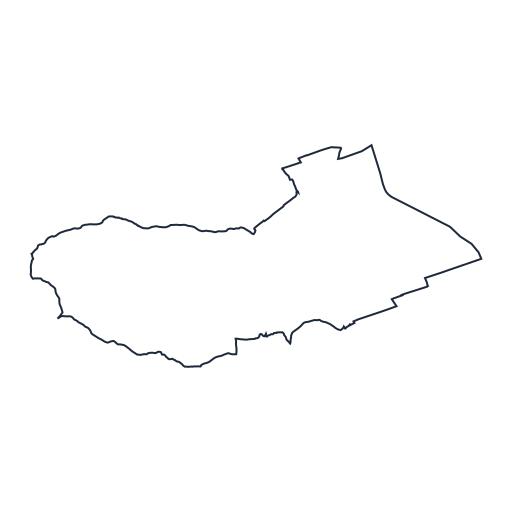 the district of Orbeni, Bacau, Romania
{"feature_id": "2599482B35012513520864", "entity_name": "Orbeni", "entity_type": "district", "adm_level": 2, "iso_a3": "ROU", "parent_name": "Romania", "parent_adm1": "Bacau", "projection": "albers", "projection_center": [26.985, 46.28], "detail": "fine", "context": "isolated", "style": "outline", "palette": "slate", "viewbox_px": 512, "rotation_deg": 0, "n_neighbors": 0, "source": "geoboundaries", "source_scale": "gbopen_adm2", "svg_char_len": 5989}
<svg xmlns="http://www.w3.org/2000/svg" viewBox="0 0 512 512"><path d="M449.1,226.3L391.5,196.9L389.1,195.1L387.7,193.7L386.3,192.1L384.9,189.5L382.9,184.0L380.2,173.2L371.5,145.2L361.8,151.2L341.8,158.3L339.5,158.6L338.1,158.9L338.7,156.6L339.3,153.4L339.6,152.1L341.1,148.6L340.7,147.7L331.2,147.2L326.8,148.5L320.8,150.4L306.9,155.4L306.7,155.2L298.5,158.4L300.8,162.4L285.6,167.4L282.2,168.4L282.2,168.8L282.4,169.2L282.6,169.1L283.5,170.1L283.7,170.6L284.6,172.0L286.4,174.2L287.2,174.7L288.5,175.9L289.0,177.0L290.0,179.8L292.1,179.5L292.7,180.3L293.5,182.0L293.8,183.6L295.3,187.0L296.1,189.3L296.7,190.4L297.0,190.7L297.3,191.1L298.1,191.9L298.2,192.3L297.8,191.9L297.1,191.7L296.4,192.1L296.6,193.1L296.6,194.4L296.1,195.5L295.2,196.7L293.3,197.9L289.8,200.7L287.0,202.7L283.7,205.2L283.5,206.3L273.4,213.9L270.6,216.6L268.2,218.5L264.5,221.1L263.7,220.6L262.1,222.1L260.9,222.8L256.9,226.0L254.6,228.0L254.3,228.3L254.2,228.9L255.3,230.1L255.4,230.4L255.4,230.7L255.0,231.8L254.7,232.6L253.6,234.1L253.1,234.0L251.7,233.4L250.1,231.9L243.6,228.0L241.9,227.6L240.8,227.4L240.2,227.6L239.0,228.4L238.6,228.5L236.6,228.3L234.0,229.0L230.6,228.6L229.4,228.7L228.0,229.2L227.5,229.6L226.9,230.4L226.4,230.9L225.5,231.2L222.3,231.4L217.9,231.3L216.5,231.9L215.0,232.2L210.6,231.2L208.2,231.1L206.3,230.7L203.8,231.1L202.1,231.2L199.6,230.5L198.5,230.0L194.4,227.2L192.1,226.4L188.6,225.9L185.0,224.9L184.3,224.8L183.2,224.8L180.6,225.1L178.1,224.9L177.8,224.8L176.5,224.8L173.2,224.9L172.8,225.0L170.6,225.0L169.0,226.1L166.4,227.1L165.5,227.2L162.5,227.3L162.1,227.1L159.1,226.9L157.8,226.5L156.0,226.2L154.2,226.6L152.0,226.9L149.0,228.2L148.4,228.3L147.0,228.4L143.0,228.1L141.7,227.4L141.0,227.3L138.6,225.8L138.2,226.0L138.0,225.8L138.1,225.6L136.7,224.9L136.4,224.4L136.2,224.3L135.0,223.7L134.6,223.7L132.5,222.1L131.4,221.6L128.1,220.6L126.4,219.7L125.2,219.3L122.3,219.1L122.1,218.6L120.5,218.3L120.0,218.2L119.4,217.8L118.8,217.6L117.9,217.7L117.6,217.8L117.4,217.6L115.2,217.4L114.8,217.1L114.4,217.0L114.1,217.1L113.8,216.9L113.6,216.6L112.3,216.4L109.4,216.4L108.3,216.7L107.3,217.5L104.2,219.5L103.0,220.7L102.3,222.3L101.7,222.8L100.2,223.6L99.1,223.9L97.2,224.3L94.1,224.4L90.1,224.2L87.4,224.6L85.0,224.8L84.0,225.2L83.3,225.3L82.3,225.7L81.5,226.5L81.0,227.4L80.8,227.6L80.3,227.9L78.6,228.5L77.3,228.6L74.9,228.3L73.5,228.5L70.5,229.7L65.7,230.8L60.5,232.6L58.6,233.7L56.4,235.4L55.6,235.9L53.7,236.6L53.3,236.6L52.5,236.2L52.2,236.2L49.6,237.2L47.9,238.3L46.8,239.6L46.1,240.5L45.6,241.4L45.2,242.5L44.1,243.5L43.6,243.8L42.0,244.1L41.4,244.4L39.8,244.5L39.0,244.9L38.1,245.5L37.2,248.3L36.7,248.9L35.4,249.8L34.8,250.4L33.1,252.3L32.5,253.2L31.5,253.9L31.9,254.4L32.2,255.8L32.5,257.4L33.1,258.5L33.1,259.1L32.0,260.3L31.0,265.0L30.8,266.6L31.0,271.0L30.9,272.8L30.7,274.4L30.8,274.9L31.1,276.0L31.7,277.2L32.8,278.7L34.6,278.4L37.1,278.4L40.8,278.5L41.0,278.6L42.3,280.2L42.6,280.4L45.1,281.4L46.1,281.9L47.9,282.3L48.7,282.7L50.7,285.0L53.3,286.8L54.3,287.7L55.1,288.6L55.3,289.2L55.5,291.0L55.7,292.2L56.3,293.8L57.2,295.4L58.9,297.9L59.3,298.6L59.3,300.9L59.4,302.7L59.7,304.3L60.9,307.1L61.6,309.2L62.5,312.3L62.4,312.8L61.4,313.9L60.5,315.4L57.5,318.6L61.6,316.0L65.6,316.3L70.1,316.3L70.8,316.5L71.7,316.9L72.8,317.8L74.1,319.4L77.1,320.9L78.4,322.2L82.7,324.4L84.1,325.5L84.6,326.1L85.6,326.9L87.1,327.4L88.1,328.0L89.7,329.7L90.3,330.6L90.7,331.5L91.4,333.3L92.2,334.1L98.3,338.0L101.0,339.3L104.8,341.7L106.7,342.4L107.6,342.6L108.5,342.4L110.9,341.4L112.9,341.0L113.7,341.1L114.3,341.3L117.5,344.1L118.3,344.4L120.7,344.4L122.1,344.8L123.6,344.9L126.0,346.3L129.0,348.6L132.0,351.2L137.1,354.5L140.5,354.9L144.2,354.1L145.6,354.3L146.8,354.2L147.7,353.5L148.2,353.2L149.6,352.9L151.9,352.7L155.7,353.1L156.2,352.9L157.5,352.0L158.3,351.8L159.8,351.8L161.1,352.3L161.6,353.8L162.0,354.5L162.4,354.7L163.9,354.5L164.9,355.2L165.4,355.9L165.7,356.1L166.2,357.0L166.8,357.3L167.6,357.9L167.8,358.4L168.8,359.1L169.4,359.2L170.8,359.1L172.6,358.8L173.8,359.7L174.8,360.0L176.5,361.3L177.1,361.5L178.0,361.6L179.0,361.9L179.9,362.5L182.1,364.2L182.4,364.5L183.0,365.5L184.9,366.7L186.5,366.6L187.9,366.8L189.2,366.8L190.4,366.6L193.5,366.6L194.6,366.3L196.3,366.5L198.3,366.3L200.4,366.5L200.8,366.2L201.2,365.2L201.4,364.9L203.5,363.8L207.0,362.8L209.0,362.0L211.2,360.4L213.5,358.6L215.2,357.5L218.0,356.5L219.7,356.2L221.5,355.7L223.0,355.2L223.3,354.9L226.2,353.8L228.2,353.2L228.9,353.3L231.2,354.1L232.7,354.3L236.2,354.2L236.2,353.4L236.5,352.1L236.5,348.9L236.0,344.2L236.1,340.6L235.6,338.7L236.6,338.6L240.1,339.2L246.6,339.7L248.8,339.3L254.8,338.9L255.5,338.3L257.0,338.2L258.1,337.8L258.6,337.4L259.2,336.5L259.7,334.5L260.7,334.2L261.0,334.0L261.5,334.1L263.2,335.9L263.8,336.2L264.6,336.2L265.1,335.4L265.9,333.8L266.0,334.2L265.7,334.6L265.8,335.2L266.1,335.6L265.8,336.2L266.9,336.6L267.8,335.6L269.2,335.2L270.5,334.6L271.3,334.1L272.1,334.3L273.1,334.1L274.0,333.0L276.7,332.9L277.0,332.4L282.5,332.3L283.3,333.1L283.9,333.9L284.1,334.9L284.5,335.6L285.1,336.2L285.7,336.9L286.4,339.3L286.9,340.0L288.0,341.2L289.0,341.9L289.8,343.3L290.1,343.6L290.3,343.2L290.5,342.3L290.6,339.7L291.0,338.0L291.2,335.2L291.6,334.6L291.9,333.5L292.4,332.6L293.1,331.9L297.6,328.7L300.2,326.6L303.5,323.1L304.3,322.6L305.8,322.1L307.2,322.0L309.8,321.4L311.6,320.8L314.7,320.0L316.6,320.2L317.9,320.1L318.6,319.8L319.4,319.9L320.1,320.2L321.1,320.9L323.0,321.7L325.0,322.0L327.3,322.8L330.0,324.1L333.2,326.2L335.5,328.0L337.9,329.4L340.6,330.1L342.5,328.7L343.4,327.5L343.8,326.6L344.6,328.1L344.9,328.5L345.2,328.5L345.6,328.3L345.4,327.8L348.0,326.3L348.9,325.6L349.8,324.5L350.1,325.2L351.1,324.6L354.4,323.0L353.5,321.4L358.1,319.4L381.7,311.5L389.2,308.9L396.5,306.2L391.8,299.2L394.1,298.2L402.2,295.3L401.8,294.9L404.4,293.9L427.1,286.7L427.3,286.1L427.9,285.9L427.4,284.7L426.8,282.3L425.0,278.0L442.9,272.1L448.5,270.1L481.3,258.8L478.5,252.2L471.5,243.8L460.2,236.5L450.5,227.2L449.1,226.3Z" fill="none" stroke="#1e293b" stroke-width="2"/></svg>